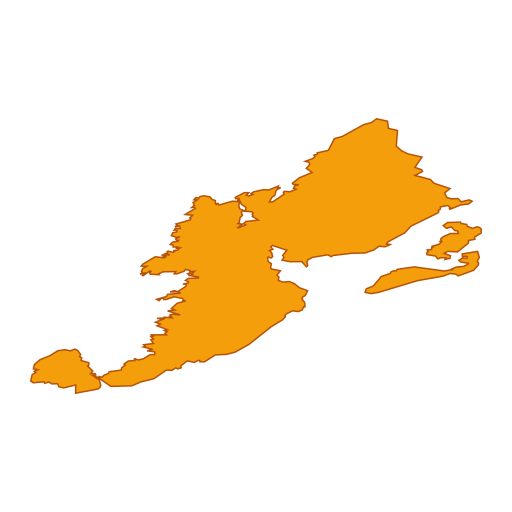 outline of Sømna nor, Nordland, Norway
{"feature_id": "86288312B60558696179500", "entity_name": "Sømna nor", "entity_type": "district", "adm_level": 2, "iso_a3": "NOR", "parent_name": "Norway", "parent_adm1": "Nordland", "projection": "natural_earth1", "projection_center": [12.23, 65.321], "detail": "fine", "context": "isolated", "style": "filled", "palette": "amber", "viewbox_px": 512, "rotation_deg": 0, "n_neighbors": 0, "source": "geoboundaries", "source_scale": "gbopen_adm2", "svg_char_len": 6090}
<svg xmlns="http://www.w3.org/2000/svg" viewBox="0 0 512 512"><path d="M306.3,168.4L312.1,172.5L299.5,177.7L292.4,183.2L293.2,184.4L298.8,184.7L294.9,185.8L293.4,188.2L296.1,189.2L289.9,191.8L284.3,191.3L283.3,192.4L284.4,194.0L272.7,201.9L269.3,201.9L272.2,197.1L274.8,195.3L276.2,190.1L280.7,187.6L277.6,187.7L278.3,186.1L268.6,190.0L263.9,189.6L253.7,191.8L251.1,193.6L252.9,194.4L248.9,196.0L246.3,195.3L248.7,192.7L244.4,192.6L235.2,197.4L235.6,198.7L239.0,198.5L237.8,200.3L239.4,200.0L241.4,204.2L245.9,207.4L245.6,210.1L243.6,211.1L251.8,211.8L253.1,213.1L252.1,214.4L253.0,215.6L252.4,216.4L258.4,220.1L245.8,221.5L243.5,223.7L245.7,224.9L238.7,227.8L237.9,227.6L242.5,224.1L237.9,223.6L239.1,222.7L240.1,217.8L242.5,215.2L241.3,212.2L242.9,210.2L239.6,208.8L238.7,204.8L239.8,202.9L238.6,201.6L232.4,201.2L219.0,205.0L217.9,203.4L216.6,204.4L215.2,204.0L217.3,203.7L215.3,203.5L215.4,200.5L212.3,199.6L209.9,196.9L203.7,195.8L200.1,196.5L199.0,198.0L195.7,197.6L193.9,199.8L197.2,199.9L193.0,202.6L194.5,205.2L191.7,207.5L194.7,207.3L195.4,208.4L185.1,214.5L192.6,215.3L189.7,217.9L190.8,218.8L190.2,219.9L176.0,224.0L177.6,225.4L174.9,226.5L179.7,226.1L180.3,228.5L175.4,228.2L174.1,230.2L177.0,230.1L177.0,231.8L172.8,232.8L171.3,235.6L176.5,237.4L179.9,236.6L175.6,239.0L176.6,240.4L178.7,240.3L178.2,241.2L172.4,242.2L170.3,244.5L173.1,245.1L173.1,247.0L178.6,247.0L175.7,248.4L180.1,247.9L177.4,250.1L173.2,250.6L175.0,251.0L173.1,252.3L168.1,251.1L167.2,251.6L167.7,252.7L165.3,253.7L169.9,254.8L161.5,255.0L166.6,256.5L161.9,257.2L165.3,257.9L155.2,256.8L142.6,264.3L141.3,266.2L146.6,266.3L142.6,268.7L141.4,271.4L142.7,272.6L140.0,274.2L144.5,273.1L142.4,275.3L143.2,275.7L149.7,271.0L150.9,271.4L149.7,272.9L150.2,274.2L158.9,274.7L158.2,274.0L163.1,271.8L175.8,271.6L174.2,273.8L176.7,273.9L184.1,271.3L185.4,269.5L190.2,270.5L189.8,272.0L194.5,271.3L192.2,273.5L188.6,273.4L187.6,273.8L188.9,274.9L188.7,273.7L192.1,273.6L192.7,274.2L190.6,275.7L188.4,275.3L198.6,277.1L198.5,278.0L188.2,278.4L185.5,280.4L188.3,281.6L188.3,282.9L182.9,284.2L186.3,284.2L185.9,286.4L177.7,291.6L174.2,290.7L170.0,292.0L177.3,291.7L180.7,293.1L167.5,294.4L166.6,296.5L156.6,299.3L159.0,300.7L161.4,298.4L163.3,298.0L163.7,299.5L165.7,299.6L174.3,296.8L182.7,298.6L183.9,300.2L182.3,300.9L185.8,300.9L177.2,303.2L171.4,308.5L174.9,310.0L167.6,310.9L180.2,314.9L172.6,314.3L170.3,314.7L171.4,316.5L168.7,316.3L170.8,316.8L172.0,317.9L163.5,317.1L165.3,317.9L156.9,318.4L162.9,319.2L155.5,322.2L160.6,324.1L157.0,325.8L167.3,329.7L164.4,330.6L167.0,331.7L164.9,333.3L166.4,334.8L150.2,334.9L154.7,335.5L150.9,336.8L153.5,338.9L150.9,339.8L153.5,343.5L143.7,344.7L145.4,346.3L143.3,347.0L151.5,349.0L152.1,349.5L147.0,350.8L154.8,351.9L154.7,354.6L150.2,354.6L143.6,358.7L138.2,360.0L135.3,358.9L136.0,358.5L134.4,359.1L134.9,360.5L128.3,361.0L124.0,364.0L125.2,365.1L121.6,367.9L121.2,370.1L109.2,371.7L108.4,373.5L103.4,375.5L102.5,377.3L98.5,376.3L99.6,377.1L97.9,377.4L110.9,386.4L131.9,385.8L141.2,381.8L153.9,378.7L166.5,370.0L171.8,370.4L175.8,367.8L177.6,368.9L181.2,367.8L180.8,365.8L187.3,360.9L194.5,362.4L197.9,360.4L199.8,360.6L199.9,361.8L204.5,361.8L215.4,354.9L226.3,354.4L235.0,352.2L249.1,344.3L271.1,326.8L282.4,319.9L285.4,316.8L284.9,315.5L286.5,313.8L292.6,310.8L298.3,311.6L302.0,310.0L303.9,306.7L305.0,306.8L304.7,302.5L301.9,298.9L302.8,296.8L305.2,295.6L307.6,290.7L299.4,287.7L294.5,283.7L289.3,281.6L282.8,282.1L278.4,280.4L278.9,277.0L276.9,275.2L280.4,270.8L271.2,268.9L270.6,267.4L271.4,263.8L268.3,261.6L267.7,259.1L268.0,257.1L271.1,258.0L272.6,256.7L271.7,252.6L269.5,250.5L272.9,249.3L270.8,247.0L272.3,245.4L286.8,250.2L282.7,255.4L284.0,257.3L282.1,260.1L289.9,261.7L301.7,261.6L306.5,266.8L307.7,265.5L306.9,262.2L307.6,260.1L312.3,257.4L327.7,254.8L331.3,256.7L332.9,255.5L352.5,253.2L365.1,253.0L373.9,249.9L379.1,246.2L384.8,246.8L388.7,245.4L390.2,244.5L386.5,244.0L388.0,241.8L404.8,232.8L411.0,226.1L437.8,213.0L438.8,211.8L438.3,210.4L440.3,209.1L440.4,206.9L448.0,205.5L450.3,207.7L449.4,208.3L450.0,209.3L460.5,205.0L468.5,204.0L472.1,201.2L469.1,199.9L461.2,201.8L457.9,198.5L451.8,198.9L446.9,197.5L444.6,192.9L450.0,188.6L434.1,183.3L430.4,179.5L414.9,175.4L422.5,171.5L421.6,169.7L414.9,167.4L422.0,157.1L407.7,153.8L401.5,150.7L396.3,146.1L397.5,130.5L388.5,128.4L387.5,121.2L376.6,118.8L371.3,122.6L363.7,124.6L342.2,136.5L334.4,138.6L328.4,150.3L317.2,152.9L317.5,154.3L313.9,155.1L314.8,156.9L312.5,158.7L305.2,161.3L309.0,162.4L309.8,164.3L306.3,168.4ZM77.6,350.3L74.9,349.1L70.0,350.9L65.4,349.7L57.9,350.7L49.3,356.0L40.1,359.6L34.4,364.5L33.4,368.9L37.9,369.7L34.2,371.3L35.7,372.6L32.2,374.6L30.7,381.0L33.3,382.8L43.8,381.8L44.8,383.4L48.6,382.0L52.0,383.9L57.5,383.7L58.9,386.8L63.8,387.9L75.7,385.0L75.6,393.2L97.9,389.0L99.9,387.5L100.8,385.4L99.3,379.7L95.6,377.5L97.6,377.3L92.8,375.6L95.8,374.8L95.0,373.6L90.6,373.7L92.8,371.1L87.6,366.0L88.7,365.5L88.8,362.7L81.1,360.5L81.7,357.7L79.6,356.7L80.6,354.5L77.6,350.3ZM458.2,275.9L473.6,270.3L478.4,264.9L478.6,263.0L477.3,261.4L479.3,257.4L477.6,251.4L462.2,253.9L462.4,256.6L466.2,256.2L467.4,256.8L466.9,258.3L462.5,258.1L458.8,260.3L460.6,262.0L468.4,263.3L467.9,264.2L463.7,266.4L456.1,267.1L451.8,269.0L452.4,269.6L444.2,271.0L414.2,266.9L397.3,269.3L396.3,270.9L393.5,270.8L390.9,271.9L390.4,273.4L381.3,276.5L373.3,286.0L366.3,288.8L365.1,292.4L371.2,293.6L378.8,292.3L417.7,280.6L442.9,276.2L450.0,273.5L455.8,274.1L458.2,275.9ZM460.4,222.1L447.7,222.5L443.2,225.5L446.5,228.4L451.3,226.8L454.9,230.6L457.6,230.9L458.4,233.5L450.4,233.5L443.3,236.7L440.7,238.9L441.2,240.6L440.1,241.3L441.6,241.8L438.9,244.3L432.4,246.2L433.0,246.8L431.9,246.8L431.6,249.5L427.2,249.9L427.9,251.7L426.8,252.0L427.9,252.0L426.6,253.2L427.0,254.7L435.4,256.0L437.8,258.9L441.0,257.7L446.0,257.8L445.0,259.4L449.9,258.4L450.5,255.7L444.2,253.4L447.7,251.4L457.6,251.9L468.6,242.9L468.5,240.5L474.9,239.3L474.5,237.1L481.1,233.1L481.3,229.1L479.6,227.5L477.0,226.8L472.6,228.4L467.4,226.4L466.7,224.4L461.3,223.5L460.4,222.1Z" fill="#f59e0b" stroke="#b45309" stroke-width="1.5"/></svg>